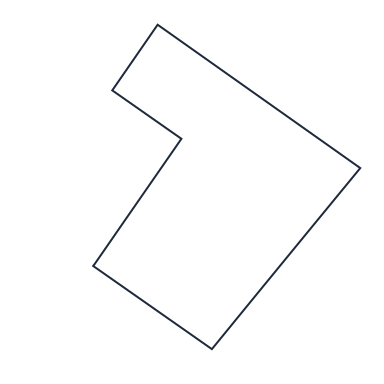 the district of Gastre, Chubut, Argentina, rotated 215°
{"feature_id": "61730980B58028591073526", "entity_name": "Gastre", "entity_type": "district", "adm_level": 2, "iso_a3": "ARG", "parent_name": "Argentina", "parent_adm1": "Chubut", "projection": "natural_earth1", "projection_center": [-68.969, -42.669], "detail": "fine", "context": "isolated", "style": "outline", "palette": "slate", "viewbox_px": 384, "rotation_deg": 215, "n_neighbors": 0, "source": "geoboundaries", "source_scale": "gbopen_adm2", "svg_char_len": 406}
<svg xmlns="http://www.w3.org/2000/svg" viewBox="0 0 384 384"><g transform="rotate(215 192 192)"><path d="M316.1,309.3L315.6,229.5L231.2,229.5L230.7,127.9L230.5,96.2L230.4,75.6L230.5,75.6L230.5,74.7L98.5,74.7L96.0,74.7L91.0,74.7L89.7,74.7L85.6,74.7L85.5,75.8L84.6,88.0L82.7,113.7L79.9,151.2L75.1,214.4L74.5,222.3L74.4,223.6L67.9,308.1L316.1,309.3Z" fill="none" stroke="#1e293b" stroke-width="2"/></g></svg>